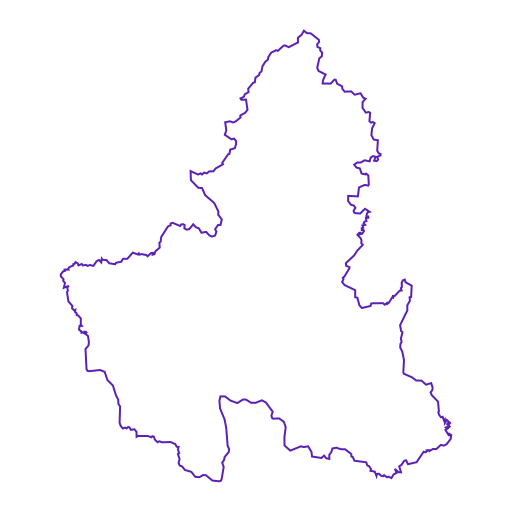 Kyaukme, Shan, Myanmar (Natural Earth projection)
{"feature_id": "60261553B11251200769941", "entity_name": "Kyaukme", "entity_type": "district", "adm_level": 2, "iso_a3": "MMR", "parent_name": "Myanmar", "parent_adm1": "Shan", "projection": "natural_earth1", "projection_center": [97.145, 22.817], "detail": "fine", "context": "isolated", "style": "outline", "palette": "violet", "viewbox_px": 512, "rotation_deg": 0, "n_neighbors": 0, "source": "geoboundaries", "source_scale": "gbopen_adm2", "svg_char_len": 6012}
<svg xmlns="http://www.w3.org/2000/svg" viewBox="0 0 512 512"><path d="M303.9,30.7L301.6,34.8L297.9,37.7L298.0,42.4L288.7,47.2L285.0,45.4L283.5,45.7L277.8,50.9L276.1,50.2L271.2,52.6L268.3,57.1L268.0,59.5L264.9,62.2L262.3,66.8L261.5,71.3L259.6,73.0L259.1,75.0L255.5,77.6L254.8,82.3L253.2,82.7L248.2,88.7L248.5,92.2L244.8,94.3L243.8,96.8L240.5,98.4L241.4,99.8L246.0,99.6L247.5,109.7L245.3,112.7L240.3,115.5L240.5,117.5L235.8,121.3L233.1,122.5L230.0,121.3L225.2,122.3L226.3,130.3L224.8,134.8L231.4,139.3L234.1,138.6L236.1,141.2L236.0,144.4L234.8,148.2L230.2,149.6L229.4,154.0L228.2,154.2L222.2,162.9L223.0,164.3L215.7,168.4L213.4,171.3L209.5,171.3L206.7,173.4L204.1,172.6L201.9,174.5L200.7,173.4L198.0,174.5L190.6,171.1L190.9,180.2L198.3,187.8L202.0,188.0L205.2,195.2L214.2,203.0L218.4,211.5L218.2,214.7L221.8,219.4L220.5,225.0L218.1,224.9L215.1,229.2L216.4,231.7L215.1,235.5L212.0,236.6L209.2,235.3L206.2,231.9L201.4,232.7L198.8,228.3L195.8,227.2L193.2,224.3L189.2,229.2L186.6,229.6L184.4,228.4L184.6,225.0L183.1,224.2L181.0,224.5L180.1,226.0L172.6,222.8L170.7,223.5L170.6,225.3L168.0,226.4L161.3,236.8L160.6,241.7L159.4,242.7L159.7,247.6L155.4,251.3L154.4,254.2L152.6,254.7L152.8,252.9L151.1,253.0L147.6,256.3L146.5,255.1L141.8,254.1L139.2,254.7L138.8,253.4L137.6,254.4L132.8,252.6L127.3,258.8L123.0,258.8L121.3,261.7L116.0,262.8L115.2,264.2L109.2,263.3L106.6,260.1L102.6,259.8L101.8,258.7L101.2,262.4L98.9,259.9L96.6,261.3L93.3,265.9L90.0,265.0L87.5,265.9L86.2,264.9L82.8,265.4L81.8,264.0L78.5,265.4L77.7,263.3L75.5,262.1L74.6,263.8L73.3,264.1L73.3,265.5L69.4,267.1L68.1,268.7L68.5,269.6L64.7,269.6L65.0,270.8L63.4,271.2L60.8,274.2L60.8,276.3L63.5,279.2L63.2,280.7L65.0,283.0L63.8,287.8L68.8,285.8L67.2,287.6L67.9,290.6L67.0,292.2L68.4,301.4L72.4,306.0L72.0,308.2L74.3,310.5L75.3,309.9L75.0,311.9L76.6,313.3L76.8,315.2L78.0,315.3L80.8,318.4L80.8,324.4L81.8,325.9L79.6,325.8L79.0,329.7L81.3,331.4L81.5,332.8L82.7,332.3L84.3,333.3L84.4,331.7L86.1,331.9L86.5,332.5L85.3,333.6L88.0,336.1L88.9,342.1L88.5,345.5L85.5,349.0L86.5,369.0L87.5,370.9L89.3,371.2L100.1,370.0L104.7,371.9L107.4,380.0L112.9,385.5L116.0,395.4L118.2,399.5L118.4,403.9L120.1,406.5L119.6,422.8L120.7,426.0L122.9,428.5L125.0,427.6L126.6,428.4L128.2,426.9L129.6,427.5L130.8,429.8L134.4,429.3L136.5,431.8L136.6,436.8L137.9,436.0L147.9,436.0L151.4,437.3L152.3,436.2L153.8,436.6L154.8,439.5L157.5,442.2L159.4,441.3L162.2,442.3L170.5,442.0L175.3,444.1L176.7,446.7L178.6,446.9L177.9,449.5L179.2,453.1L177.9,454.0L179.6,459.1L178.6,462.8L179.7,465.5L182.3,466.6L184.8,469.9L191.4,471.9L195.2,476.8L199.4,477.2L203.2,475.0L205.9,475.2L212.3,480.5L219.0,481.3L220.9,480.8L221.7,478.8L223.7,466.9L222.2,462.7L224.0,460.1L224.7,456.9L228.7,452.1L229.1,449.1L227.6,445.5L226.2,427.8L224.6,419.5L220.1,408.5L219.4,400.8L220.4,396.4L225.0,396.4L230.5,400.6L237.4,403.1L242.8,399.6L245.8,399.5L251.2,402.8L255.6,402.8L261.9,400.3L265.9,402.5L272.7,411.7L271.4,415.6L272.1,418.0L273.1,418.7L279.1,418.4L283.7,421.6L285.7,427.1L284.4,437.2L284.5,445.5L290.3,450.6L301.0,446.3L303.7,447.1L308.1,446.3L311.5,452.0L312.0,456.5L321.4,458.0L324.1,455.6L326.2,458.3L329.3,458.9L329.3,454.8L331.3,452.1L332.4,448.5L336.4,447.7L340.7,449.2L345.2,449.3L351.2,454.0L351.5,456.6L352.8,457.0L354.4,460.7L366.2,462.3L367.3,465.4L369.1,466.2L371.1,469.3L370.5,470.8L374.8,471.7L376.5,476.0L376.9,474.0L378.9,473.7L381.4,475.9L383.2,476.2L384.1,475.2L387.1,477.3L388.6,476.7L391.4,478.1L393.7,474.3L396.6,472.9L394.9,468.9L398.6,472.2L401.0,472.3L399.2,466.4L401.6,464.7L404.2,460.8L406.1,460.3L408.0,464.2L416.6,462.2L423.6,451.8L425.6,452.3L427.3,450.8L426.9,450.3L428.8,450.1L429.3,451.1L432.9,449.0L436.3,449.1L440.8,444.9L443.9,445.6L446.6,444.2L450.7,438.9L451.2,435.0L449.8,434.1L449.9,435.2L448.8,435.3L445.4,430.0L447.1,428.8L445.8,427.5L447.7,426.8L448.5,427.7L449.7,426.5L447.1,424.1L448.2,422.8L449.3,423.9L450.1,423.0L446.8,419.9L444.9,422.9L444.8,419.4L443.9,420.4L442.7,416.8L441.0,417.3L439.2,415.0L438.3,412.2L438.9,411.3L438.0,401.6L431.8,395.2L430.6,392.4L432.3,390.1L432.6,387.5L431.2,383.1L426.1,384.7L421.4,380.6L416.2,380.5L412.0,377.3L403.9,373.8L403.3,372.2L404.0,360.1L402.3,351.7L400.2,347.5L400.5,343.7L401.6,342.1L400.9,338.6L402.5,332.2L401.1,331.0L400.1,325.2L407.3,310.5L407.3,305.3L409.9,300.8L409.6,297.3L411.1,297.1L411.7,285.7L405.5,282.2L404.8,279.6L402.8,280.4L401.7,282.7L401.9,286.9L400.8,288.2L401.6,290.5L399.7,290.7L394.5,296.1L393.0,296.0L393.1,297.7L392.2,297.4L388.8,302.8L387.3,303.9L387.0,302.9L384.8,304.7L382.9,303.2L372.6,303.3L371.2,303.6L370.5,306.0L361.9,308.0L359.4,305.3L357.4,297.8L355.2,297.2L355.2,290.2L344.5,285.0L342.1,282.0L343.5,279.2L342.8,277.7L344.3,276.7L349.3,268.4L349.5,267.2L346.1,265.7L345.9,263.1L354.3,255.3L357.1,250.8L362.8,244.8L361.3,243.2L361.5,240.4L360.6,238.1L357.4,234.8L359.2,232.8L360.4,232.8L360.1,234.2L362.1,233.8L364.0,231.1L363.5,229.9L361.8,230.1L361.7,228.2L363.2,227.7L362.4,225.4L365.1,224.8L363.6,223.3L364.7,221.5L366.4,221.1L365.9,217.7L368.3,217.8L368.2,216.5L366.9,216.6L366.4,215.4L367.6,212.4L369.6,211.8L364.9,208.8L360.2,213.5L355.4,213.2L353.9,212.2L353.7,210.4L355.4,207.9L353.9,205.6L350.9,204.7L348.1,201.0L348.2,195.9L357.9,196.4L359.0,187.4L364.8,184.9L368.2,185.6L368.8,184.4L368.3,175.4L366.0,173.6L365.4,174.4L361.6,173.6L359.8,168.4L356.3,167.5L354.2,164.6L357.3,162.5L360.7,162.5L364.6,160.3L369.6,161.3L370.7,157.6L373.1,156.1L375.6,156.8L374.1,160.7L376.7,161.1L378.1,159.6L377.2,156.8L380.5,155.4L380.6,154.0L378.7,153.3L377.2,150.7L377.9,140.3L373.7,139.5L371.4,135.2L372.1,128.3L374.7,123.2L372.8,122.0L371.1,122.7L369.4,121.1L370.2,112.9L368.9,112.0L365.8,112.6L362.5,107.8L362.6,102.1L365.6,98.7L363.3,97.8L360.5,93.3L354.7,94.7L351.2,91.4L344.7,91.7L342.3,88.8L342.1,86.3L337.2,83.8L335.7,79.7L334.3,79.7L330.7,83.6L322.6,83.5L323.2,79.8L325.6,74.5L318.6,71.0L317.2,67.8L319.3,58.4L321.8,56.2L322.2,52.6L320.2,50.5L320.3,48.2L317.4,46.9L317.1,44.4L319.1,41.9L318.8,39.8L310.8,33.4L306.9,33.1L303.9,30.7Z" fill="none" stroke="#5b21b6" stroke-width="2"/></svg>